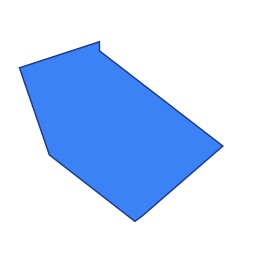 the district of Somervell, Texas, United States of America, rotated 252°
{"feature_id": "52423323B18632711548456", "entity_name": "Somervell", "entity_type": "district", "adm_level": 2, "iso_a3": "USA", "parent_name": "United States of America", "parent_adm1": "Texas", "projection": "equal_earth", "projection_center": [-97.793, 32.203], "detail": "fine", "context": "isolated", "style": "filled", "palette": "blue", "viewbox_px": 256, "rotation_deg": 252, "n_neighbors": 0, "source": "geoboundaries", "source_scale": "gbopen_adm2", "svg_char_len": 261}
<svg xmlns="http://www.w3.org/2000/svg" viewBox="0 0 256 256"><g transform="rotate(252 128 128)"><path d="M37.1,105.7L39.9,114.2L81.5,212.6L210.2,124.7L218.9,127.5L218.8,43.4L126.7,44.9L37.1,105.7Z" fill="#3b82f6" stroke="#1e3a8a" stroke-width="1.5"/></g></svg>